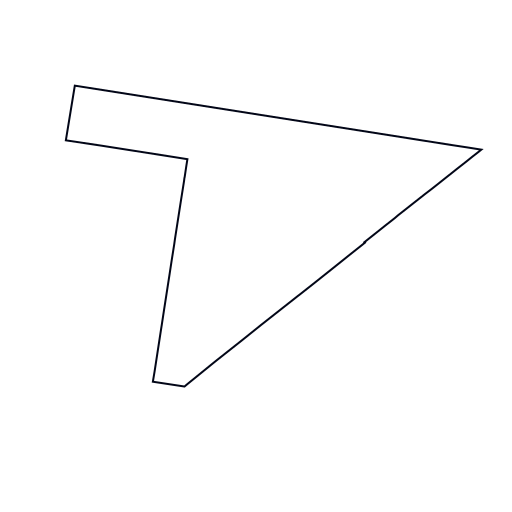 the district of 12 de Octubre, Chaco, Argentina, rotated 99°
{"feature_id": "61730980B24915383692166", "entity_name": "12 de Octubre", "entity_type": "district", "adm_level": 2, "iso_a3": "ARG", "parent_name": "Argentina", "parent_adm1": "Chaco", "projection": "equal_earth", "projection_center": [-61.395, -27.324], "detail": "fine", "context": "isolated", "style": "outline", "palette": "ink", "viewbox_px": 512, "rotation_deg": 99, "n_neighbors": 0, "source": "geoboundaries", "source_scale": "gbopen_adm2", "svg_char_len": 874}
<svg xmlns="http://www.w3.org/2000/svg" viewBox="0 0 512 512"><g transform="rotate(99 256 256)"><path d="M171.5,461.9L171.5,461.5L171.2,425.6L171.2,420.4L171.1,355.5L171.1,338.9L178.8,338.9L189.3,338.8L190.1,338.9L193.2,338.8L215.9,338.8L251.9,338.7L257.2,338.6L263.2,338.6L265.3,338.6L266.0,338.6L273.3,338.6L289.3,338.5L291.2,338.5L320.0,338.4L321.7,338.4L339.0,338.3L343.3,338.3L386.1,338.1L396.3,338.2L396.3,337.2L396.1,306.2L393.2,303.7L370.9,283.7L367.8,280.9L364.6,278.0L340.5,255.8L323.4,240.3L320.3,237.4L318.0,235.3L289.9,209.3L288.7,208.2L287.8,207.3L270.9,191.7L244.6,167.7L241.5,164.9L225.8,150.5L225.4,151.1L205.2,132.6L196.8,124.8L193.6,122.1L168.2,98.6L161.9,92.6L158.0,89.0L138.8,71.4L136.0,68.8L129.0,62.3L123.8,57.6L117.5,51.7L115.7,50.1L115.7,64.4L115.8,79.8L116.1,461.6L116.3,461.6L171.5,461.9Z" fill="none" stroke="#020617" stroke-width="2"/></g></svg>